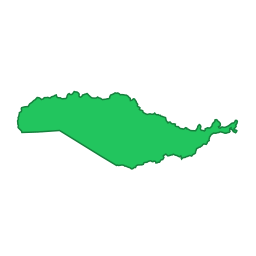 Capitão Enéas, Minas Gerais, Brazil, rotated 85°
{"feature_id": "56859067B59959312569649", "entity_name": "Capitão Enéas", "entity_type": "district", "adm_level": 2, "iso_a3": "BRA", "parent_name": "Brazil", "parent_adm1": "Minas Gerais", "projection": "natural_earth1", "projection_center": [-43.667, -16.099], "detail": "fine", "context": "isolated", "style": "filled", "palette": "green", "viewbox_px": 256, "rotation_deg": 85, "n_neighbors": 0, "source": "geoboundaries", "source_scale": "gbopen_adm2", "svg_char_len": 4630}
<svg xmlns="http://www.w3.org/2000/svg" viewBox="0 0 256 256"><g transform="rotate(85 128 128)"><path d="M140.1,19.8L139.4,20.8L139.1,22.4L138.1,22.4L137.3,21.5L136.4,20.6L135.6,20.1L134.5,20.5L133.7,19.7L132.9,19.1L131.9,18.8L130.8,18.5L129.9,19.1L129.8,20.3L131.2,21.1L132.3,22.4L132.2,23.8L132.7,24.8L133.4,25.8L134.0,26.7L134.6,27.7L135.1,29.0L135.5,30.2L135.8,31.2L135.7,32.6L135.1,34.2L135.5,35.1L136.2,36.2L135.6,37.5L134.5,37.7L134.2,36.3L133.0,35.7L131.7,35.7L130.8,36.1L129.7,37.0L129.0,37.9L128.0,38.3L127.3,39.5L127.6,40.7L129.1,40.9L129.8,42.0L130.5,42.8L131.5,43.6L132.6,44.0L133.5,44.3L134.3,45.3L134.9,46.0L135.2,47.2L134.7,48.5L135.1,49.8L135.7,51.3L137.0,51.3L137.6,52.2L136.9,53.7L136.8,55.0L135.9,55.8L134.8,56.0L133.9,55.6L132.7,55.3L131.5,55.8L130.8,56.7L131.6,57.5L132.4,58.3L133.5,58.6L134.5,59.1L135.5,60.0L136.6,60.9L136.5,62.2L136.3,63.6L136.2,64.8L135.9,66.2L135.1,67.2L134.3,68.3L133.9,69.6L133.1,69.5L132.7,70.6L133.5,71.8L134.0,73.1L133.4,74.1L133.2,75.5L132.7,76.4L132.0,77.0L131.0,77.9L130.8,79.4L130.3,80.5L129.2,80.8L128.3,80.5L127.8,81.9L127.9,83.0L127.5,84.0L126.8,84.8L125.8,85.4L125.7,86.6L126.4,87.7L125.3,88.4L123.9,89.3L122.4,89.5L120.9,89.7L120.4,90.9L120.0,91.9L119.4,92.9L119.2,94.1L118.2,94.6L118.1,95.8L117.3,96.8L117.4,98.1L116.7,99.4L115.5,100.1L116.4,101.4L116.4,102.5L116.3,103.5L115.8,104.8L116.0,106.4L116.2,107.7L115.7,108.7L115.1,109.7L114.4,110.8L113.4,111.8L112.4,111.7L111.6,112.6L111.2,114.2L110.3,115.1L109.0,114.3L108.1,115.2L107.3,116.6L106.3,116.7L105.2,116.3L104.4,116.8L103.3,117.4L102.2,117.6L101.1,118.3L99.7,119.0L99.4,120.1L100.2,121.0L100.7,122.1L100.9,123.2L99.9,123.3L98.6,123.2L97.6,124.4L96.6,124.9L95.9,125.8L95.2,126.6L94.9,128.2L94.5,129.6L94.2,131.1L94.2,132.8L93.2,133.7L92.2,135.1L92.4,136.4L91.9,137.8L92.7,139.3L93.3,141.0L93.7,142.5L94.6,143.0L95.5,143.5L96.5,143.6L97.1,144.7L97.1,146.2L97.4,147.5L97.4,148.5L97.4,149.8L97.5,150.9L97.0,151.8L96.1,152.6L95.5,154.3L94.5,155.6L95.2,156.6L95.4,158.0L95.2,159.4L95.0,160.8L94.6,161.7L93.8,162.6L92.9,163.4L92.1,164.2L91.2,164.8L90.1,165.8L90.5,167.2L90.6,168.2L91.0,169.2L91.2,170.4L92.1,170.9L92.8,171.8L93.2,172.8L92.5,173.9L91.4,174.0L90.0,173.7L88.8,174.4L87.7,175.7L87.5,177.2L87.0,178.4L87.9,179.2L89.1,180.2L89.7,181.2L89.6,182.8L88.6,183.6L89.2,184.9L90.4,185.7L92.1,186.3L93.1,187.1L93.3,188.1L93.1,189.1L93.3,190.5L92.8,191.9L92.0,192.8L91.9,194.1L91.6,195.3L90.9,196.1L90.1,196.4L88.8,196.6L89.2,198.1L89.9,199.3L90.0,200.2L90.2,201.2L90.7,202.1L91.4,203.2L91.0,204.2L90.5,205.2L90.6,206.5L90.5,207.8L90.5,208.8L91.6,209.9L92.1,211.8L91.1,212.6L90.1,214.0L89.7,215.8L90.6,216.8L91.3,217.5L91.9,218.2L92.3,219.2L93.1,220.3L93.8,221.1L94.4,222.0L94.9,223.0L95.6,224.0L96.9,224.9L98.0,225.6L97.9,227.0L97.9,228.5L98.0,229.7L98.2,230.8L98.5,232.2L99.7,232.7L100.9,232.4L102.3,232.9L102.8,233.9L103.3,234.9L104.4,235.0L105.4,235.4L106.7,235.7L108.2,236.6L109.7,236.4L111.0,237.3L112.4,237.4L113.5,237.2L114.4,237.5L115.6,236.9L116.5,237.2L118.0,237.4L119.0,236.6L120.2,235.6L121.1,234.8L121.9,234.3L123.2,234.1L124.1,217.9L124.1,215.1L124.2,213.9L124.2,212.0L124.5,196.4L136.0,181.0L151.7,160.0L153.2,158.0L164.3,142.7L164.0,141.7L164.5,140.8L164.5,139.7L164.4,138.7L164.3,137.2L164.8,135.4L165.7,134.5L165.8,133.4L166.6,132.1L167.2,130.9L167.7,129.5L169.0,128.2L169.0,126.9L168.5,126.2L167.9,125.3L168.0,124.0L166.3,123.0L165.7,121.5L165.8,120.1L165.8,118.9L165.9,117.4L165.5,115.9L164.6,115.5L163.9,114.9L163.8,113.6L163.8,112.1L163.2,111.1L162.8,109.7L162.6,108.2L163.4,107.2L163.8,106.1L163.2,105.0L163.8,103.5L165.3,103.2L165.2,101.9L164.8,100.8L164.8,99.6L163.9,98.9L163.2,98.4L162.5,97.5L162.5,96.2L161.6,95.5L160.5,94.8L159.6,95.2L158.5,95.1L158.0,93.8L157.3,92.6L158.3,91.6L159.2,90.9L159.2,89.8L158.9,88.4L158.6,87.1L158.6,86.0L158.0,85.3L158.4,84.4L159.0,83.6L159.4,82.6L159.7,81.5L160.5,80.5L161.2,79.1L160.4,77.8L161.5,77.5L162.8,77.6L163.6,77.3L162.6,76.3L162.3,75.1L162.3,73.7L161.6,72.3L161.5,70.9L161.0,70.0L160.8,69.1L161.1,67.9L161.5,67.0L160.6,66.2L159.8,65.1L159.5,63.9L158.7,63.0L157.4,62.7L156.1,62.1L154.5,61.4L153.9,59.8L153.3,58.7L153.3,57.7L152.7,57.0L152.1,55.8L151.0,54.9L150.5,53.9L150.8,52.6L151.1,51.5L150.1,50.6L148.7,50.0L148.1,49.2L147.6,48.2L146.3,48.3L145.2,47.8L144.0,47.5L143.2,46.7L142.4,46.2L141.7,45.4L141.0,44.1L140.5,43.0L140.8,41.8L140.8,40.6L140.5,39.6L140.4,37.8L139.8,36.6L140.2,35.2L140.8,33.6L141.6,32.0L141.7,30.6L141.3,29.1L141.1,27.5L140.3,26.7L139.3,27.0L138.3,26.7L137.3,26.7L136.8,25.4L138.1,25.5L139.0,24.2L139.9,23.8L140.8,23.4L141.4,22.3L142.1,21.2L141.1,20.2L140.1,19.8Z" fill="#22c55e" stroke="#15803d" stroke-width="1.5"/></g></svg>